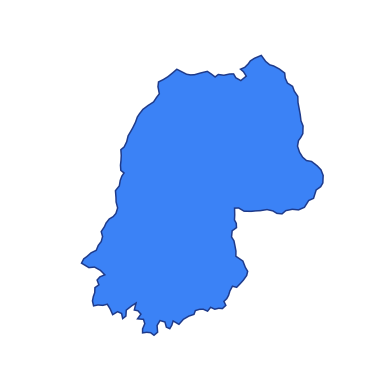 Araçoiaba da Serra, São Paulo, Brazil (Albers equal-area conic projection), rotated 338°
{"feature_id": "56859067B80681232985550", "entity_name": "Araçoiaba da Serra", "entity_type": "district", "adm_level": 2, "iso_a3": "BRA", "parent_name": "Brazil", "parent_adm1": "São Paulo", "projection": "albers", "projection_center": [-47.659, -23.543], "detail": "fine", "context": "isolated", "style": "filled", "palette": "blue", "viewbox_px": 384, "rotation_deg": 338, "n_neighbors": 0, "source": "geoboundaries", "source_scale": "gbopen_adm2", "svg_char_len": 2399}
<svg xmlns="http://www.w3.org/2000/svg" viewBox="0 0 384 384"><g transform="rotate(338 192 192)"><path d="M307.4,91.3L300.0,91.4L295.2,92.3L292.1,94.3L287.6,96.2L283.0,96.3L284.8,99.8L285.7,104.9L279.0,107.0L275.4,102.5L274.8,98.1L271.1,96.7L265.3,95.7L260.4,92.9L256.5,94.0L254.1,89.9L251.4,85.9L244.8,84.9L238.3,84.2L234.5,82.9L231.1,80.8L227.9,77.1L223.9,72.5L219.0,74.2L212.8,76.1L207.5,77.0L202.2,77.4L199.9,81.6L198.5,88.7L194.6,91.0L190.1,94.1L183.8,95.3L177.4,97.0L172.6,99.8L169.4,102.0L165.7,106.2L161.1,110.3L158.1,112.7L153.8,116.0L150.3,120.9L146.0,124.8L141.9,126.1L140.1,131.6L138.0,136.1L135.7,140.4L134.1,145.3L136.1,148.9L132.9,151.0L129.8,154.4L126.9,159.1L121.5,162.1L119.5,168.5L117.9,172.8L117.1,178.9L113.4,183.4L109.7,185.3L105.2,186.0L100.8,188.5L97.8,191.4L93.0,194.7L92.4,199.8L89.3,203.9L85.1,206.4L81.4,210.2L75.6,210.6L70.3,212.5L66.6,213.4L62.9,216.6L68.1,223.5L73.5,225.1L77.7,230.3L80.1,236.1L74.8,236.2L71.0,238.1L70.9,243.2L66.2,244.3L64.1,248.9L61.4,251.9L58.9,255.7L58.1,260.7L62.5,261.5L66.9,263.7L71.4,264.3L72.3,269.6L72.5,276.0L78.2,275.1L81.2,278.3L80.3,283.4L84.2,282.3L86.8,276.9L93.6,274.9L98.5,274.0L94.3,279.8L97.4,281.9L98.9,286.1L94.0,289.2L99.3,291.9L98.9,296.4L94.9,300.4L93.4,304.1L97.4,305.1L100.9,306.9L103.1,310.6L107.6,309.1L109.6,302.7L114.2,299.2L118.2,302.4L117.6,307.7L120.2,310.4L123.4,307.9L126.2,304.5L130.3,309.8L136.3,306.8L142.6,305.9L148.0,306.2L150.7,303.2L155.0,303.6L158.5,304.9L161.8,308.3L166.1,305.9L169.2,309.2L173.2,309.8L176.5,311.5L180.9,309.8L180.6,305.4L184.3,303.9L187.2,301.5L190.1,297.9L194.2,294.5L197.7,297.1L202.2,295.1L206.7,292.9L211.4,289.9L213.9,286.4L213.2,281.9L213.3,275.1L208.6,268.0L210.6,263.2L211.7,257.8L212.6,253.0L211.8,248.5L214.7,243.0L219.9,241.7L221.3,237.7L220.9,233.8L223.0,229.3L225.4,222.9L229.3,224.3L233.1,229.3L239.6,232.1L244.1,233.4L248.4,234.9L255.0,236.4L259.9,239.8L262.7,243.6L267.3,246.0L272.0,244.4L278.5,245.6L284.1,248.5L290.5,248.3L297.0,243.6L302.3,243.4L307.9,236.6L313.3,235.3L316.7,232.6L319.8,225.8L319.9,219.8L317.9,214.7L314.3,208.5L309.9,205.7L307.6,201.2L306.6,195.5L307.0,189.0L310.0,184.2L313.2,182.2L316.6,179.4L319.7,172.4L319.7,166.8L321.3,160.9L322.8,153.7L323.8,148.7L325.9,143.0L324.6,136.8L324.8,131.7L321.3,126.8L321.1,121.3L322.5,116.4L319.0,110.6L314.9,105.7L311.7,103.2L309.2,98.5L307.4,91.3Z" fill="#3b82f6" stroke="#1e3a8a" stroke-width="1.5"/></g></svg>